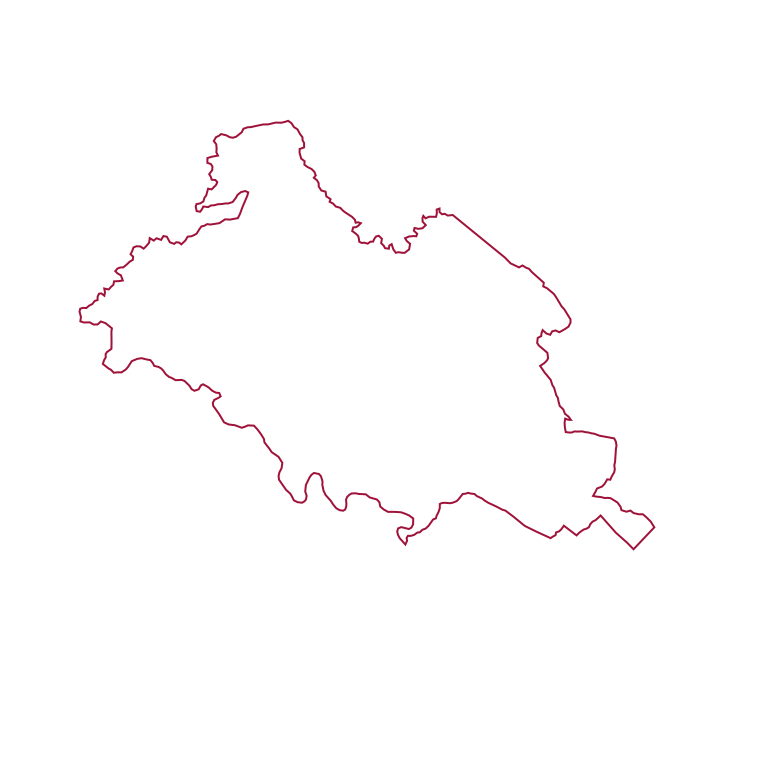 outline of Londrina, Paraná, Brazil, rotated 135°
{"feature_id": "56859067B34641840661798", "entity_name": "Londrina", "entity_type": "district", "adm_level": 2, "iso_a3": "BRA", "parent_name": "Brazil", "parent_adm1": "Paraná", "projection": "robinson", "projection_center": [-51.103, -23.475], "detail": "fine", "context": "isolated", "style": "outline", "palette": "rose", "viewbox_px": 768, "rotation_deg": 135, "n_neighbors": 0, "source": "geoboundaries", "source_scale": "gbopen_adm2", "svg_char_len": 6162}
<svg xmlns="http://www.w3.org/2000/svg" viewBox="0 0 768 768"><g transform="rotate(135 384 384)"><path d="M282.9,492.5L285.2,493.9L287.8,493.6L291.1,492.4L292.9,494.2L296.3,494.8L298.0,497.8L300.0,499.5L300.9,502.1L299.3,504.1L297.6,506.9L297.6,510.0L298.3,514.7L295.0,516.5L292.9,514.7L290.3,514.1L286.7,514.1L288.0,516.7L290.0,518.1L288.4,520.8L288.4,524.8L290.0,532.4L290.4,535.1L290.4,539.6L292.6,543.6L292.4,547.6L293.6,551.3L291.1,552.5L292.1,557.5L289.3,561.3L291.5,565.1L290.5,569.8L288.2,572.2L287.3,575.5L287.8,579.4L284.7,579.8L283.2,583.3L283.2,587.2L284.7,591.7L285.2,595.4L282.6,597.7L283.2,601.9L280.2,607.2L277.5,609.8L273.2,607.8L270.1,610.9L269.3,613.8L267.2,616.1L266.6,620.2L265.1,625.3L266.0,629.3L265.0,633.9L265.7,637.9L268.0,639.0L271.8,641.3L275.8,645.5L282.2,649.4L286.1,653.1L294.1,658.3L296.3,659.6L298.8,661.9L302.9,663.9L306.6,662.6L313.7,663.4L316.7,665.0L318.6,667.6L319.6,671.2L322.4,675.9L325.0,676.2L328.4,677.3L332.5,676.2L333.1,672.1L336.1,668.6L338.7,666.4L339.9,662.9L345.1,666.5L349.1,668.6L352.5,665.3L350.9,662.0L351.5,659.1L354.2,656.7L359.2,656.0L360.0,652.9L361.4,650.3L359.0,647.5L359.1,644.7L361.8,643.5L368.3,643.5L370.3,646.5L376.5,643.0L379.1,642.7L382.7,640.8L386.1,641.6L389.4,643.8L391.7,642.6L394.2,638.7L392.2,635.8L388.6,636.4L386.3,637.3L383.2,633.4L380.3,632.7L377.3,630.2L374.7,628.8L371.1,625.7L368.3,623.7L366.6,621.9L362.4,619.7L357.0,620.4L353.9,621.3L349.4,620.8L345.7,618.6L344.5,615.5L347.5,613.8L358.9,609.2L365.6,606.1L370.0,604.6L376.7,609.2L379.9,612.8L386.6,614.1L393.9,619.4L396.0,622.1L399.1,622.9L401.6,624.5L404.6,624.1L410.2,622.8L413.0,623.6L415.6,624.6L418.7,627.0L423.1,625.9L428.6,626.1L428.9,629.0L430.7,631.1L433.3,631.5L435.2,635.6L433.4,641.7L435.4,644.6L439.7,643.5L441.8,647.9L445.4,648.2L446.5,652.8L450.2,650.0L455.1,649.6L458.3,649.7L459.0,653.5L461.6,656.4L464.6,657.7L467.9,656.1L471.5,654.9L471.3,651.5L473.8,649.4L477.2,650.3L481.8,650.4L486.0,650.9L488.1,652.9L490.8,654.1L494.2,653.8L494.2,650.5L493.2,646.9L495.5,641.9L498.7,644.2L502.3,647.5L505.2,645.5L508.2,645.7L511.8,645.5L514.3,649.3L516.5,646.1L519.3,644.2L519.8,647.9L521.7,649.4L524.8,648.2L527.2,645.9L529.8,647.3L533.7,646.8L537.1,647.9L540.8,648.2L543.2,650.9L545.6,652.0L548.1,650.5L550.8,645.8L554.4,643.0L552.7,639.7L548.5,635.7L547.3,631.4L544.4,628.6L540.0,628.4L537.9,624.0L537.0,615.8L539.8,613.7L547.2,606.1L551.9,601.6L557.4,602.5L559.8,601.9L561.9,599.6L565.1,598.8L568.6,597.0L567.9,590.5L567.0,586.9L567.1,583.0L564.1,580.6L561.3,577.8L556.1,576.8L552.8,577.1L546.2,578.5L540.6,576.2L537.1,573.6L534.5,569.2L532.3,566.0L532.7,562.2L533.7,559.3L531.3,555.4L530.6,552.6L530.6,549.8L531.4,545.3L531.0,541.0L529.8,538.4L528.7,534.1L524.1,529.9L522.9,527.2L522.8,520.3L523.7,516.4L522.8,513.2L518.8,511.3L514.6,512.5L512.2,511.8L511.1,508.3L510.4,505.4L510.2,500.6L509.0,496.8L506.9,494.2L508.2,490.8L510.7,491.2L515.3,492.8L518.5,491.6L520.2,489.3L521.8,479.5L524.2,470.0L522.5,465.3L518.6,460.3L515.5,453.6L512.0,451.9L509.4,450.9L505.4,446.5L505.6,441.2L506.5,435.4L507.8,429.9L509.8,427.3L510.8,419.3L511.6,415.2L510.1,407.0L511.6,400.2L515.9,396.9L520.4,395.5L523.6,393.5L525.9,390.6L528.1,378.4L527.8,372.8L528.6,369.6L530.0,365.5L528.7,361.6L525.9,358.0L523.3,357.3L520.9,357.5L517.8,359.6L515.7,363.7L510.7,367.8L502.6,370.6L499.4,371.1L496.4,370.6L493.6,366.3L493.8,363.4L495.3,360.5L496.7,358.2L498.7,356.6L502.2,351.3L503.8,346.7L504.2,339.2L505.2,334.5L505.6,329.9L504.6,326.2L502.5,323.3L500.2,322.7L497.4,324.0L495.0,326.2L492.7,329.0L490.0,330.2L486.9,330.2L484.3,329.5L481.2,326.6L479.5,324.0L474.9,318.9L474.3,313.9L470.7,307.4L470.8,303.8L473.3,300.0L472.9,295.4L471.6,290.8L465.8,284.9L462.5,281.0L460.6,276.9L459.3,273.6L458.4,268.3L462.6,264.2L466.2,263.1L468.9,263.8L473.0,270.6L476.1,271.9L478.8,270.5L480.7,267.7L481.9,263.9L482.4,255.4L478.6,256.8L476.8,259.2L474.4,259.7L472.5,257.7L469.4,256.0L465.5,255.4L463.5,253.8L460.0,253.8L456.7,252.3L452.7,252.2L445.1,253.5L442.3,252.3L440.1,253.6L435.8,255.0L432.3,256.8L429.4,259.7L427.0,258.8L424.8,256.8L421.6,253.0L419.4,251.5L415.4,249.8L412.3,249.8L406.1,250.6L403.8,248.7L401.5,247.6L400.0,245.0L397.8,242.3L397.6,239.1L395.6,233.6L395.3,230.7L394.3,226.4L391.3,218.2L389.2,211.4L387.7,208.7L386.3,198.9L384.8,184.1L380.6,171.7L375.2,157.2L372.5,156.7L369.6,155.8L367.3,157.4L364.4,156.0L361.4,155.9L357.0,156.6L354.9,140.8L351.3,140.8L348.8,140.5L345.7,139.9L343.0,138.5L340.4,137.8L337.4,139.0L333.9,139.2L330.5,138.1L323.8,137.8L325.2,114.9L324.3,99.7L324.4,90.7L294.2,91.5L292.7,98.1L292.7,104.5L293.1,108.9L296.1,111.9L298.8,116.3L299.2,120.2L302.9,122.3L305.3,126.9L303.6,129.8L302.7,135.1L304.5,143.0L306.3,145.3L308.4,147.1L310.6,150.7L313.6,154.4L315.3,157.0L310.2,158.4L307.3,159.5L302.3,157.3L298.7,157.4L293.5,158.7L291.7,156.3L288.3,157.6L283.7,158.8L281.2,160.4L278.6,163.7L275.6,165.6L265.9,174.1L263.1,176.1L260.8,179.3L259.7,182.8L268.2,195.1L270.5,200.2L272.1,202.3L273.7,205.1L275.9,207.9L277.2,210.2L281.1,213.8L282.8,215.8L285.3,216.8L287.2,218.5L289.5,221.5L286.4,225.9L283.6,229.0L280.4,231.4L279.0,228.4L277.2,226.5L276.6,230.3L277.1,235.0L275.2,239.2L275.3,244.1L273.0,248.2L270.9,251.2L270.2,254.1L266.4,261.0L265.7,264.2L263.2,269.1L262.3,278.5L260.8,286.4L255.8,285.4L252.4,285.4L249.7,286.2L246.4,290.6L247.3,301.6L246.7,304.7L242.7,307.9L239.0,306.7L236.6,308.6L233.7,309.9L233.5,305.0L231.7,301.3L227.8,302.3L224.8,300.5L223.4,296.6L217.2,294.9L213.0,294.1L208.7,295.5L206.4,297.9L203.7,309.3L203.5,313.4L201.0,323.4L200.2,327.6L201.0,336.5L202.4,340.4L199.4,342.6L200.3,358.7L200.0,362.9L201.2,365.5L202.3,369.9L206.1,371.0L209.2,379.8L209.1,387.9L215.9,454.9L219.8,458.0L220.7,461.4L222.9,462.9L223.2,466.3L220.7,468.8L223.4,470.1L226.2,467.1L229.0,465.4L233.7,470.3L237.5,471.8L237.3,475.1L239.5,474.1L241.9,471.5L242.1,466.8L246.6,466.9L249.8,469.2L252.1,472.7L254.5,471.3L254.3,466.8L256.7,465.6L258.5,467.7L262.0,470.6L266.0,472.2L266.8,468.8L266.4,464.7L271.1,461.4L276.6,462.1L278.5,464.1L280.5,466.9L282.9,468.5L282.2,472.6L279.7,477.5L282.4,478.1L284.9,476.2L287.2,479.3L286.4,482.0L286.4,485.6L282.8,488.2L282.9,492.5Z" fill="none" stroke="#9f1239" stroke-width="2"/></g></svg>